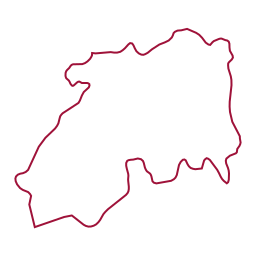 the Province of Médéa
{"feature_id": "DZA-2213", "entity_name": "Médéa", "entity_type": "Province", "adm_level": 1, "iso_a3": "DZA", "parent_name": "Algeria", "parent_adm1": "", "projection": "mercator", "projection_center": [2.97, 35.965], "detail": "fine", "context": "isolated", "style": "outline", "palette": "rose", "viewbox_px": 256, "rotation_deg": 0, "n_neighbors": 0, "source": "natural_earth", "source_scale": "10m", "svg_char_len": 2492}
<svg xmlns="http://www.w3.org/2000/svg" viewBox="0 0 256 256"><path d="M29.3,204.5L31.1,195.9L30.1,194.1L28.2,192.1L22.8,189.9L20.1,188.1L17.1,184.4L15.7,181.2L15.4,178.5L16.0,176.5L17.8,174.7L20.2,173.7L22.9,173.2L25.7,172.0L28.1,169.9L38.8,146.7L45.4,137.8L55.1,128.5L57.1,125.8L58.4,123.3L59.5,118.8L60.2,116.3L61.3,114.7L62.6,113.3L78.5,102.9L79.9,100.5L81.9,95.5L83.8,92.0L88.8,87.4L89.5,85.5L89.3,84.1L88.4,83.4L87.2,83.0L81.9,83.0L79.4,81.6L78.3,81.7L77.2,82.3L73.9,85.3L73.0,85.8L72.4,85.8L72.0,85.6L71.6,85.2L70.4,83.7L69.7,82.0L68.8,80.5L66.3,78.3L65.9,77.4L65.5,75.9L65.6,72.9L66.2,71.2L67.2,69.9L69.2,68.0L70.6,65.9L71.6,64.9L73.0,64.3L82.3,64.1L85.0,63.1L87.5,61.4L90.1,58.8L91.4,56.7L92.0,55.3L92.1,53.0L95.6,53.4L110.7,52.1L114.1,52.6L117.1,52.6L120.3,51.8L122.7,50.2L124.9,48.3L128.4,44.4L130.1,43.1L132.2,43.5L133.5,45.4L134.8,48.3L136.4,51.2L138.8,53.4L141.3,54.6L143.3,54.8L145.1,54.2L147.7,52.8L152.0,49.3L159.4,44.5L164.8,42.4L168.7,40.5L171.8,37.5L172.9,35.3L173.6,33.1L174.9,31.8L177.5,30.6L181.3,30.3L187.1,28.9L196.1,32.8L199.2,34.8L202.1,37.8L205.7,42.6L208.4,44.5L210.2,44.9L212.4,42.3L213.8,41.1L218.8,39.0L220.2,38.6L221.6,38.6L225.3,40.1L227.2,40.5L228.7,41.6L229.4,43.7L229.5,47.5L229.9,50.8L232.6,55.6L232.9,57.6L231.8,59.5L228.9,62.3L228.2,63.4L228.1,65.3L228.4,68.6L230.8,76.3L231.4,79.9L231.5,85.2L229.7,101.7L229.6,106.7L230.0,112.0L232.3,121.8L239.8,136.2L239.9,138.5L240.6,142.5L240.2,144.2L239.4,146.0L237.3,148.9L236.8,152.3L235.9,153.3L229.9,155.7L226.4,158.6L225.8,160.8L226.2,163.5L228.0,168.0L228.7,170.6L229.0,173.5L228.8,179.7L228.1,182.2L226.8,183.3L223.8,180.9L222.0,178.9L220.6,176.5L219.1,173.3L217.2,169.8L209.9,160.0L208.1,158.7L206.6,158.2L205.1,159.3L204.1,160.5L201.8,168.5L195.3,169.2L193.0,168.8L190.6,167.9L188.9,166.3L187.6,164.3L185.7,160.3L184.4,159.5L182.8,159.8L180.7,161.9L179.0,165.0L176.8,175.0L175.5,177.6L173.9,179.2L171.1,180.8L156.4,183.4L153.9,182.7L152.5,181.3L151.4,176.3L150.7,174.5L149.8,173.4L146.9,171.3L145.8,169.6L144.9,167.5L143.8,163.0L143.0,161.0L141.0,159.2L137.8,158.5L133.2,159.6L130.5,159.8L128.5,160.2L127.2,160.9L126.2,163.0L126.2,165.8L126.8,168.6L128.2,173.8L128.4,175.7L128.1,179.4L128.2,181.0L128.8,186.5L128.8,189.1L128.4,191.3L127.6,193.0L126.0,194.9L108.0,209.2L105.3,211.9L103.5,214.0L102.8,215.2L100.2,219.8L98.4,222.2L96.1,224.4L93.7,225.7L91.0,226.5L88.4,226.6L85.8,225.9L83.6,224.7L72.0,215.6L71.7,215.5L64.1,217.0L34.8,227.1L29.3,204.5Z" fill="none" stroke="#9f1239" stroke-width="2"/></svg>